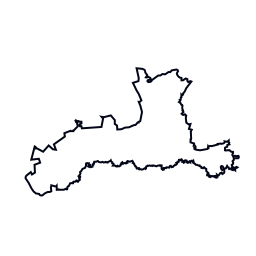 the district of Abasolo, Guanajuato, Mexico, rotated 264°
{"feature_id": "50627088B42096071159121", "entity_name": "Abasolo", "entity_type": "district", "adm_level": 2, "iso_a3": "MEX", "parent_name": "Mexico", "parent_adm1": "Guanajuato", "projection": "orthographic", "projection_center": [-101.545, 20.537], "detail": "fine", "context": "isolated", "style": "outline", "palette": "ink", "viewbox_px": 256, "rotation_deg": 264, "n_neighbors": 0, "source": "geoboundaries", "source_scale": "gbopen_adm2", "svg_char_len": 5710}
<svg xmlns="http://www.w3.org/2000/svg" viewBox="0 0 256 256"><g transform="rotate(264 128 128)"><path d="M172.4,137.6L164.4,140.5L160.6,142.3L154.1,144.2L152.6,142.2L152.8,141.5L148.9,142.6L142.5,143.6L134.2,141.1L133.5,140.8L133.0,139.2L132.3,139.1L132.4,138.1L130.3,135.9L130.1,133.7L128.6,129.1L128.7,125.1L127.5,121.4L127.6,117.2L131.6,117.3L133.4,115.3L137.2,115.7L142.3,112.2L141.3,105.1L141.9,102.9L140.0,104.2L131.8,101.7L132.5,82.1L134.7,81.8L134.8,80.4L136.1,80.1L136.7,80.2L137.4,82.2L139.1,82.3L139.5,79.0L140.1,79.2L140.3,77.3L141.1,76.9L140.8,76.5L138.9,77.2L138.4,77.8L134.9,78.2L131.5,74.1L131.3,73.4L130.6,73.3L130.9,70.5L131.2,70.4L129.5,64.2L126.1,64.3L119.5,52.6L113.9,54.0L114.7,51.1L118.9,47.3L113.3,41.1L117.6,34.8L117.9,34.3L117.3,34.3L117.3,34.0L118.0,34.1L118.6,33.7L119.0,33.9L119.4,33.3L106.6,28.5L106.7,36.1L102.7,37.0L101.2,31.2L93.4,30.8L91.8,27.6L94.3,26.7L91.2,21.9L90.0,21.1L88.7,20.9L83.7,23.5L78.0,25.7L74.7,27.5L72.5,29.7L71.7,32.8L70.7,33.2L70.1,33.9L69.9,35.8L71.6,38.3L72.7,41.2L72.6,43.7L73.1,45.1L77.2,45.1L78.1,45.7L79.0,45.8L77.6,49.3L77.6,50.6L78.0,51.0L74.0,50.7L74.2,52.3L73.9,52.3L73.3,57.6L74.1,59.9L73.4,60.4L73.5,61.1L76.0,61.8L76.6,63.2L79.0,64.6L79.2,65.2L78.8,67.6L80.1,67.9L80.3,68.3L80.1,69.8L81.2,71.2L80.8,72.0L79.9,72.1L79.8,72.8L80.9,73.5L81.5,74.7L82.1,74.8L82.6,74.2L83.6,74.2L84.0,75.2L84.5,75.3L84.6,74.0L85.2,73.7L86.3,75.0L87.9,76.0L89.2,75.7L90.2,77.1L92.1,78.5L92.8,81.0L94.7,82.2L97.1,82.6L97.4,83.7L96.8,84.5L97.0,85.3L95.8,85.1L95.8,85.7L95.3,86.6L94.5,86.4L94.1,85.8L94.4,84.8L94.1,84.3L93.6,84.8L92.9,86.7L93.3,88.7L94.5,88.8L95.0,89.7L95.7,89.4L96.2,90.5L96.9,90.3L98.0,91.0L97.8,92.7L98.3,94.6L97.3,95.3L96.6,97.5L97.0,99.1L96.2,100.3L96.6,102.2L96.1,102.7L96.3,103.4L95.8,104.2L96.3,104.6L97.1,107.0L97.6,107.5L96.6,107.7L95.5,108.8L94.5,108.6L94.0,109.8L93.0,109.9L92.2,109.2L92.0,111.1L91.1,112.1L91.5,113.4L90.9,113.5L91.1,114.3L90.8,115.4L91.5,116.7L92.5,116.8L92.7,117.5L93.4,117.6L93.4,118.5L94.1,118.1L94.5,118.7L93.8,118.9L93.9,120.0L93.5,119.4L93.0,119.5L93.5,120.4L93.5,121.4L92.9,122.3L93.5,123.9L94.2,123.8L94.4,123.3L95.2,124.1L94.3,126.3L94.9,128.9L93.1,129.7L92.6,129.2L91.8,130.4L90.9,130.4L89.7,131.3L89.1,131.2L88.6,132.1L87.4,132.2L86.7,132.7L87.1,133.2L86.9,134.8L85.9,134.6L85.6,135.1L85.7,136.5L85.2,137.3L85.3,138.5L86.3,140.7L85.5,141.2L85.9,141.7L87.1,141.7L88.0,142.3L88.0,143.3L88.5,143.7L88.2,144.4L88.5,145.4L87.9,146.9L88.2,148.0L87.7,148.5L88.1,149.4L86.9,152.4L87.4,153.4L87.6,155.7L87.1,156.0L87.4,156.5L87.3,157.5L83.9,157.2L82.7,158.2L82.9,159.2L83.7,158.9L84.5,159.3L84.1,161.6L84.9,162.1L84.3,164.9L85.7,165.6L85.9,166.6L84.5,167.3L84.7,168.8L85.6,169.4L86.0,170.7L86.5,171.0L86.3,171.7L86.9,172.7L87.3,172.9L88.2,172.5L88.2,173.4L89.2,173.7L89.0,174.8L90.9,175.3L90.7,175.9L91.0,176.4L90.4,177.0L90.9,177.6L90.2,178.0L90.7,178.3L89.3,179.1L88.6,178.6L88.4,179.1L89.0,179.9L87.7,179.9L87.9,180.6L88.7,180.4L89.8,181.7L89.6,182.7L88.5,182.9L88.3,183.6L87.5,183.1L87.2,183.4L87.2,184.2L88.0,184.3L87.6,184.9L87.9,185.4L87.4,186.1L88.2,186.0L88.6,186.2L88.3,187.3L88.8,188.1L87.3,188.9L88.2,189.6L86.1,189.8L85.5,190.8L84.3,191.6L84.2,192.8L83.4,193.9L83.3,195.3L82.5,195.4L81.8,196.7L80.6,196.9L80.6,198.2L80.2,198.5L81.0,199.6L79.5,200.8L79.2,201.5L76.9,201.4L74.8,203.2L74.1,202.2L72.9,201.7L72.6,201.8L72.4,202.9L72.8,203.6L72.5,203.9L71.6,203.4L71.0,203.6L70.7,204.4L71.3,204.5L71.1,205.3L71.6,205.5L71.1,206.7L71.4,207.3L70.1,209.3L71.2,209.1L71.3,210.2L69.9,210.3L69.5,210.9L69.6,211.7L70.4,211.8L70.8,212.2L71.9,212.0L71.5,212.4L71.5,213.3L73.6,215.2L73.4,215.8L73.8,216.5L72.4,217.1L73.2,218.7L74.4,219.3L76.6,219.2L76.9,218.9L76.3,217.4L77.3,216.5L79.4,216.2L80.0,216.4L80.4,217.1L79.9,218.2L78.4,218.6L77.9,219.3L77.3,219.4L77.6,221.1L79.9,222.6L78.3,223.4L78.2,224.0L76.6,224.3L76.8,225.4L76.6,226.0L77.4,226.8L75.9,227.6L75.5,227.2L75.1,228.1L75.9,229.0L74.7,230.2L77.0,230.4L77.0,232.0L77.4,232.7L78.0,231.7L77.4,230.9L77.2,229.9L78.5,227.7L80.4,227.3L81.3,228.7L82.6,229.0L84.1,228.5L85.2,229.9L86.8,230.0L86.4,234.3L87.1,235.1L88.4,235.1L88.7,234.9L88.6,233.1L89.2,231.3L88.4,229.7L90.5,228.9L92.1,229.9L93.3,229.9L93.5,228.3L95.3,226.7L95.1,226.1L95.5,225.5L95.4,222.7L95.7,222.1L98.1,222.4L98.5,222.8L99.0,224.7L100.7,225.0L101.1,227.1L101.9,226.7L102.8,227.2L103.7,226.6L105.0,226.8L103.9,225.2L104.6,222.8L104.2,222.9L103.1,222.1L102.7,221.2L102.5,219.2L102.8,218.7L102.8,215.6L102.2,215.7L101.2,209.3L101.6,207.7L101.0,206.0L101.4,205.8L99.9,205.4L99.9,205.8L99.4,205.9L98.8,204.6L98.3,197.3L99.3,193.5L100.2,191.9L101.0,191.9L100.3,192.9L102.5,193.2L103.6,192.6L103.6,191.5L105.7,192.1L107.2,188.7L110.1,189.0L110.1,189.5L110.8,189.7L117.9,190.1L119.6,191.2L120.7,188.5L125.4,190.5L125.2,188.8L127.2,186.6L131.6,186.5L133.1,186.9L133.5,186.7L134.3,187.2L135.7,186.0L135.2,184.6L135.5,183.7L136.5,182.8L138.1,184.8L139.1,184.3L139.1,184.6L139.9,184.5L140.0,184.2L142.1,184.0L144.8,184.5L145.3,184.2L145.4,183.6L147.3,182.8L148.5,181.4L149.5,182.7L150.5,182.4L150.6,183.3L152.9,183.8L153.1,184.4L155.6,184.6L155.0,185.1L155.0,185.7L156.1,186.5L156.6,186.4L158.3,188.2L161.5,190.1L167.6,195.9L168.1,195.0L167.4,192.7L168.5,192.0L170.5,192.1L171.2,190.5L169.7,187.7L169.8,186.2L172.2,186.4L172.6,185.0L173.9,183.5L175.8,182.5L177.3,182.3L179.3,183.7L180.4,183.4L181.1,182.3L180.7,177.4L179.2,175.9L179.4,174.1L177.5,170.6L178.1,167.9L176.9,165.8L177.0,163.5L173.2,156.9L172.2,156.2L171.6,155.2L171.5,153.1L172.3,152.3L173.2,152.4L173.6,153.1L173.7,155.0L174.8,155.7L175.8,155.1L176.7,153.4L176.3,151.9L176.5,151.1L178.5,152.7L181.4,151.0L183.1,150.9L184.1,150.5L185.3,148.5L186.5,142.8L176.3,143.9L173.5,143.2L172.4,137.6Z" fill="none" stroke="#020617" stroke-width="2"/></g></svg>